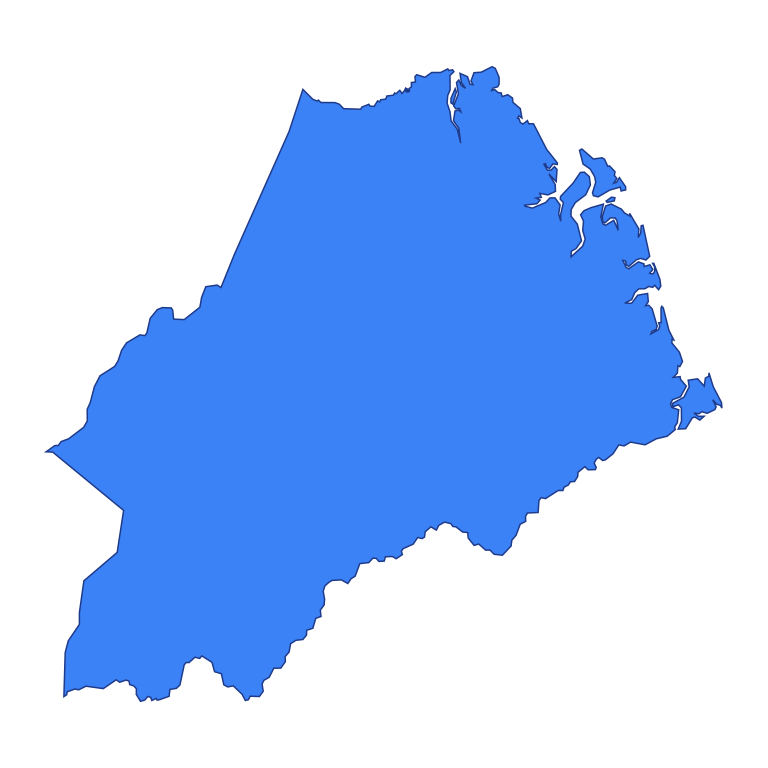 outline of Machanga, Sofala, Mozambique
{"feature_id": "85939544B66501899539367", "entity_name": "Machanga", "entity_type": "district", "adm_level": 2, "iso_a3": "MOZ", "parent_name": "Mozambique", "parent_adm1": "Sofala", "projection": "equal_earth", "projection_center": [34.711, -20.915], "detail": "fine", "context": "isolated", "style": "filled", "palette": "blue", "viewbox_px": 768, "rotation_deg": 0, "n_neighbors": 0, "source": "geoboundaries", "source_scale": "gbopen_adm2", "svg_char_len": 6050}
<svg xmlns="http://www.w3.org/2000/svg" viewBox="0 0 768 768"><path d="M302.9,89.4L289.0,131.7L234.3,254.6L221.0,287.5L217.1,285.1L205.8,286.7L201.6,297.4L199.9,307.2L184.2,319.6L173.6,319.1L172.7,310.1L171.2,307.9L162.4,307.6L157.3,309.6L150.2,318.3L146.9,332.7L145.0,335.6L139.9,334.9L126.5,342.9L121.6,350.3L118.1,360.8L114.7,366.4L100.0,375.8L94.4,386.7L90.3,402.4L87.2,409.3L87.3,420.9L83.7,427.3L68.6,438.8L61.1,441.6L58.4,445.4L54.8,445.6L46.1,451.8L52.7,452.1L123.6,510.4L117.2,552.4L83.9,580.8L79.4,612.6L79.4,624.4L68.3,640.8L65.2,652.6L63.9,696.6L66.7,694.7L67.1,691.9L74.9,689.0L78.7,689.8L86.0,686.2L103.3,688.6L116.2,679.8L119.7,682.2L125.9,680.1L129.0,681.0L129.7,684.6L133.8,685.9L136.4,688.8L136.3,694.4L140.5,701.3L144.7,700.1L147.9,696.5L150.7,697.3L151.8,700.5L156.2,698.5L157.2,700.2L159.8,699.6L169.1,696.3L169.9,689.4L176.3,688.4L179.9,685.1L184.2,664.9L186.0,662.6L189.1,662.5L195.0,657.2L199.6,658.4L201.9,655.9L212.0,662.4L214.6,671.7L221.4,673.7L223.8,684.8L227.7,686.9L233.3,685.9L242.1,694.3L245.3,700.5L248.4,699.7L250.2,696.2L259.4,696.5L263.2,691.3L262.1,684.0L263.9,680.3L269.2,677.3L273.8,668.2L280.8,668.1L285.4,661.6L285.1,656.7L289.1,652.0L290.6,643.7L295.9,640.3L302.9,639.5L306.5,635.1L306.7,630.3L312.8,628.3L315.8,618.3L321.0,616.5L320.3,610.1L324.1,605.0L324.6,599.3L323.2,591.3L324.9,585.9L328.8,582.4L332.1,580.4L341.4,579.9L347.8,583.5L351.0,578.8L355.2,576.1L359.8,563.6L368.8,562.6L372.9,558.1L376.3,558.4L378.8,561.4L384.2,561.1L385.4,556.8L392.4,556.5L396.2,558.7L402.4,554.6L401.4,551.3L403.0,548.7L413.2,544.1L417.7,537.5L422.1,538.6L424.5,537.1L425.2,531.8L430.9,526.8L436.3,530.1L438.8,525.3L444.7,522.1L451.0,523.7L452.7,526.4L456.0,526.9L462.8,532.1L467.7,532.5L468.2,538.0L474.1,545.4L478.7,544.0L485.6,550.1L490.0,550.1L494.2,554.3L502.4,555.2L511.1,546.0L511.8,540.3L516.1,535.2L520.2,524.2L525.7,521.4L525.5,516.4L527.5,513.0L538.1,512.5L539.0,500.5L541.2,497.6L545.5,498.6L558.1,490.5L562.9,490.5L564.1,487.2L568.3,485.0L570.4,481.8L574.6,481.5L577.7,476.5L578.0,472.3L584.8,466.7L588.1,469.8L595.4,469.6L596.2,467.4L594.2,463.1L596.1,459.5L598.7,457.4L602.6,460.5L605.5,459.8L613.1,453.7L618.8,444.9L624.1,445.9L630.6,442.1L645.1,444.8L656.3,438.8L667.2,436.2L675.3,429.5L674.6,426.9L677.3,422.8L678.7,409.8L671.8,407.5L670.5,403.8L672.5,399.7L680.5,396.8L686.3,386.2L680.5,379.3L680.1,376.6L673.2,377.4L677.3,373.2L678.0,365.8L679.8,366.6L682.5,361.5L679.4,352.2L671.9,343.0L672.0,339.3L673.8,340.0L668.9,330.3L663.3,307.9L661.8,306.3L661.0,308.0L661.1,322.7L658.7,322.7L659.7,326.1L658.6,329.6L651.0,333.8L652.2,331.1L656.1,329.6L657.2,326.2L652.2,309.0L648.8,305.3L645.6,305.7L648.3,301.7L647.6,293.5L637.7,295.2L631.6,303.3L624.8,303.1L631.7,299.6L634.8,292.6L638.8,288.9L645.0,288.7L648.7,286.5L652.8,287.3L654.6,285.3L658.6,289.7L660.8,286.1L659.9,279.3L653.8,263.3L652.6,263.4L654.6,266.7L654.8,271.0L653.3,273.7L651.4,273.9L649.7,273.2L652.8,269.6L649.9,264.8L644.1,266.5L644.0,263.9L638.4,261.9L628.7,268.8L626.0,267.2L622.8,260.4L625.5,261.0L626.4,264.8L628.8,266.4L636.5,259.7L640.5,258.4L645.9,260.0L649.7,256.3L643.0,225.3L641.2,225.7L640.7,233.1L638.2,237.5L638.9,229.0L629.6,213.3L630.0,216.1L624.4,212.9L621.5,209.2L611.1,204.0L605.6,206.0L602.3,216.6L602.7,221.4L604.8,222.9L610.5,217.9L615.2,218.0L617.0,220.7L618.2,230.3L613.8,220.3L605.5,225.3L602.8,223.8L600.8,216.9L603.4,204.1L590.9,207.7L584.0,210.7L580.6,214.8L583.5,221.1L582.7,230.4L585.2,239.1L582.7,246.2L571.1,256.8L571.3,251.2L576.0,248.6L581.5,240.8L577.3,224.1L571.0,216.1L571.2,209.5L575.3,202.6L585.7,194.8L590.4,184.9L589.3,176.6L584.4,172.2L580.4,172.4L573.1,183.1L560.6,196.4L560.3,199.2L563.4,202.6L560.5,215.2L560.8,221.3L558.7,214.0L560.1,205.0L555.0,197.9L550.0,197.9L545.6,202.5L532.5,208.1L525.0,206.2L524.6,205.2L536.9,203.7L540.2,200.1L536.1,198.1L541.3,197.4L539.8,193.4L548.0,194.9L555.5,191.3L555.2,184.5L548.8,173.9L556.2,181.6L557.0,169.4L554.4,166.6L551.1,170.1L547.5,170.2L543.9,164.2L545.4,163.7L546.8,167.1L549.5,168.4L553.0,163.8L557.2,164.5L557.4,163.0L546.6,149.3L533.5,123.8L528.7,123.7L527.4,120.6L523.0,124.0L520.3,122.5L519.0,118.6L517.6,118.4L518.8,115.9L521.9,118.0L520.3,108.6L512.9,102.3L512.5,98.0L507.7,94.7L502.2,96.6L501.2,92.9L498.1,92.6L494.7,89.6L491.7,90.5L493.0,88.1L497.7,86.8L499.1,84.2L499.1,77.4L495.3,68.4L492.1,66.7L481.2,72.2L474.0,72.7L471.0,81.0L473.0,84.7L470.1,84.3L467.5,76.7L460.0,73.4L461.4,82.6L465.5,88.3L461.2,85.4L458.8,80.0L456.5,82.5L458.4,93.9L453.7,105.9L455.8,108.8L459.6,108.4L460.8,111.8L458.4,110.1L455.0,111.0L453.5,120.7L458.8,128.4L460.7,143.1L457.3,129.3L451.1,120.9L450.0,111.8L447.1,103.1L447.7,95.6L450.1,89.9L450.0,75.4L453.9,71.7L452.6,69.8L448.8,70.5L447.8,68.9L440.6,72.5L431.7,72.5L424.9,77.3L416.7,74.7L415.0,76.6L415.4,82.1L411.4,82.5L411.4,86.8L409.2,88.5L409.4,91.5L408.0,91.7L407.8,89.2L405.6,88.1L405.0,89.6L406.6,89.7L406.6,91.8L404.7,90.4L402.0,93.5L399.8,90.3L396.0,93.7L394.6,93.0L393.4,95.2L386.9,96.0L385.6,99.2L380.7,99.7L379.7,101.8L377.6,100.9L374.2,106.4L370.0,106.1L368.9,104.3L361.8,107.1L360.7,109.2L343.7,108.7L339.3,104.2L334.9,102.6L320.8,102.5L318.4,100.1L317.0,101.1L312.7,99.2L302.9,89.4ZM713.1,386.4L709.0,372.9L708.8,376.2L705.4,378.1L704.2,386.1L697.6,378.8L688.2,380.2L689.2,386.8L683.9,397.2L672.4,403.5L673.0,406.8L678.4,404.8L681.4,407.8L681.5,421.2L678.2,429.1L685.7,428.7L692.2,418.0L694.8,417.0L699.8,420.1L704.1,416.3L698.3,416.3L694.0,413.0L698.9,413.8L701.9,411.7L707.1,413.3L714.9,409.6L716.1,406.8L712.7,399.7L716.8,404.3L720.4,405.3L721.9,408.1L721.5,402.6L713.1,386.4ZM593.3,159.0L581.9,149.0L579.5,150.3L583.1,164.1L590.2,169.0L594.7,176.7L595.7,182.4L592.5,192.8L593.4,195.7L598.1,196.9L609.9,190.0L620.3,187.1L621.1,191.0L625.7,189.9L625.6,186.7L619.4,177.7L616.5,182.2L613.7,183.2L616.8,178.4L614.4,175.5L615.0,171.7L609.5,165.9L607.8,166.4L604.5,159.2L602.1,157.8L593.3,159.0ZM452.8,104.1L456.4,92.0L455.2,88.7L451.0,98.2L450.9,102.8L452.8,104.1ZM607.2,202.4L614.3,200.9L614.9,197.7L611.4,197.2L606.1,201.1L607.2,202.4Z" fill="#3b82f6" stroke="#1e3a8a" stroke-width="1.5"/></svg>